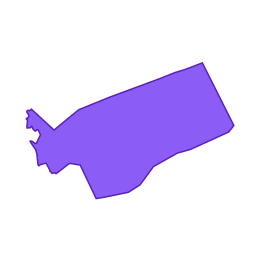 Qantara Gharb, al-, Al Isma`iliyah, Egypt (orthographic projection), rotated 65°
{"feature_id": "37247803B15873621471618", "entity_name": "Qantara Gharb, al-", "entity_type": "district", "adm_level": 2, "iso_a3": "EGY", "parent_name": "Egypt", "parent_adm1": "Al Isma`iliyah", "projection": "orthographic", "projection_center": [32.205, 30.739], "detail": "fine", "context": "isolated", "style": "filled", "palette": "violet", "viewbox_px": 256, "rotation_deg": 65, "n_neighbors": 0, "source": "geoboundaries", "source_scale": "gbopen_adm2", "svg_char_len": 1549}
<svg xmlns="http://www.w3.org/2000/svg" viewBox="0 0 256 256"><g transform="rotate(65 128 128)"><path d="M100.4,33.1L99.5,45.9L99.0,52.2L97.6,62.1L97.4,66.2L97.1,70.2L96.8,76.4L95.9,87.5L92.3,131.6L90.6,164.7L91.2,167.1L94.3,179.4L98.6,195.9L96.6,196.7L72.3,206.7L70.1,207.6L70.9,209.2L69.7,211.2L69.6,211.4L69.9,212.5L71.0,213.0L72.8,212.7L75.0,212.5L76.1,213.8L76.4,215.2L76.7,216.3L77.3,216.3L77.8,216.0L78.3,215.8L79.4,216.3L80.8,217.1L82.5,218.2L85.2,219.6L86.4,216.8L86.5,216.5L86.3,216.1L86.0,215.7L85.7,214.9L86.0,214.6L86.8,214.5L87.6,214.6L88.4,214.6L90.6,214.0L91.4,213.5L91.7,213.2L91.3,211.6L91.1,210.8L92.2,210.2L95.2,210.2L97.1,210.2L98.0,211.2L99.0,212.4L101.3,215.3L103.0,217.3L103.2,217.6L102.9,218.1L102.7,218.7L101.0,219.7L100.2,220.0L99.7,220.6L99.1,220.9L98.9,221.2L98.6,222.0L98.6,222.3L100.2,222.2L103.7,221.7L106.8,221.1L108.7,220.8L110.3,221.1L113.1,221.6L122.6,224.9L124.4,225.0L124.5,224.5L124.2,224.4L124.2,223.0L124.4,222.0L125.0,217.6L126.2,217.0L133.4,216.7L134.3,217.1L135.4,216.3L136.9,216.2L137.1,214.6L137.5,214.2L137.7,213.4L137.8,213.2L138.2,212.6L138.9,212.6L139.0,212.3L138.0,207.5L137.3,204.6L137.0,203.4L136.7,202.2L136.0,199.3L135.7,197.9L135.5,196.8L135.5,196.1L135.5,195.8L135.9,195.1L137.9,192.1L138.8,190.9L141.3,187.0L151.7,186.9L153.3,186.9L174.5,186.7L178.5,186.7L180.7,178.9L186.4,155.0L186.3,153.9L184.6,141.1L179.6,131.9L173.7,121.2L171.6,93.9L173.8,80.6L174.0,59.6L174.2,38.4L170.5,31.0L159.0,31.4L158.1,31.4L100.6,33.1L100.4,33.1Z" fill="#8b5cf6" stroke="#5b21b6" stroke-width="1.5"/></g></svg>